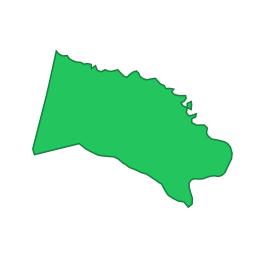 Floresta, Paraná, Brazil, rotated 259°
{"feature_id": "56859067B84288078304543", "entity_name": "Floresta", "entity_type": "district", "adm_level": 2, "iso_a3": "BRA", "parent_name": "Brazil", "parent_adm1": "Paraná", "projection": "natural_earth1", "projection_center": [-52.094, -23.605], "detail": "fine", "context": "isolated", "style": "filled", "palette": "green", "viewbox_px": 256, "rotation_deg": 259, "n_neighbors": 0, "source": "geoboundaries", "source_scale": "gbopen_adm2", "svg_char_len": 1551}
<svg xmlns="http://www.w3.org/2000/svg" viewBox="0 0 256 256"><g transform="rotate(259 128 128)"><path d="M105.0,205.0L108.1,204.1L112.9,205.9L116.4,203.4L117.7,195.7L121.2,191.6L125.1,192.5L125.8,196.4L128.9,197.7L128.3,193.5L128.3,190.1L132.1,188.1L136.5,190.1L139.6,186.0L142.6,184.9L143.5,188.2L145.9,190.7L148.8,190.7L150.1,184.0L152.2,179.6L155.3,177.8L157.4,180.3L158.9,176.6L159.5,172.6L162.7,171.7L164.9,168.3L167.6,166.7L171.6,164.2L171.7,160.4L171.7,155.6L173.8,151.9L176.6,149.5L179.6,149.0L182.3,147.3L182.0,143.9L180.5,140.3L178.0,136.7L179.8,133.7L183.5,131.2L187.1,129.1L186.7,122.6L187.7,119.2L189.6,116.8L188.3,112.1L190.6,108.8L195.4,108.0L193.4,103.5L197.5,103.9L198.9,100.6L199.1,97.0L201.5,94.0L202.7,89.6L204.6,86.6L207.2,83.6L210.6,82.2L211.2,77.7L213.7,74.3L217.2,72.3L189.8,60.5L174.9,53.9L125.7,30.6L123.0,30.7L119.7,31.1L122.0,77.1L115.9,82.3L112.6,86.1L109.2,90.6L107.3,93.2L105.9,96.5L103.8,103.6L102.3,108.8L99.6,112.4L94.7,116.3L92.6,118.9L90.0,120.9L88.1,123.3L85.6,127.4L81.8,132.5L79.3,137.3L76.4,140.3L73.9,142.7L71.9,145.0L69.1,147.4L66.5,150.4L63.1,151.4L58.9,152.7L54.2,154.7L49.9,159.3L46.7,163.5L44.8,168.8L38.8,172.1L41.1,176.4L46.6,177.8L52.4,177.1L58.1,176.7L62.5,177.5L64.9,180.0L65.6,183.2L64.4,187.7L63.8,191.4L65.0,199.6L64.7,203.4L63.2,207.7L63.7,211.3L65.8,214.7L73.1,220.0L78.1,223.8L83.5,225.4L89.5,224.9L93.5,222.9L96.2,219.8L98.5,214.9L101.3,207.9L105.0,205.0ZM136.5,190.1L134.1,193.6L139.1,195.0L141.9,195.1L140.8,190.7L136.5,190.1Z" fill="#22c55e" stroke="#15803d" stroke-width="1.5"/></g></svg>